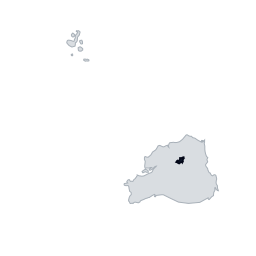 location of Sigchos, Cotopaxi, Ecuador, rotated 48°
{"feature_id": "8360857B12215357040494", "entity_name": "Sigchos", "entity_type": "district", "adm_level": 2, "iso_a3": "ECU", "parent_name": "Ecuador", "parent_adm1": "Cotopaxi", "projection": "natural_earth1", "projection_center": [-78.944, -0.614], "detail": "fine", "context": "in_parent", "style": "filled", "palette": "ink", "viewbox_px": 256, "rotation_deg": 48, "n_neighbors": 0, "source": "geoboundaries", "source_scale": "gbopen_adm2", "svg_char_len": 5307}
<svg xmlns="http://www.w3.org/2000/svg" viewBox="0 0 256 256"><g transform="rotate(48 128 128)"><path d="M235.1,102.8L234.4,103.3L232.6,103.6L231.2,103.0L230.6,103.0L230.5,103.6L232.4,105.0L233.3,107.4L234.6,108.9L235.4,109.6L235.4,110.1L235.2,111.1L235.1,111.9L235.5,115.6L235.3,115.8L234.3,115.8L233.5,115.2L231.3,124.4L224.5,133.5L216.8,140.1L207.9,143.8L201.3,146.4L200.3,147.4L197.1,152.0L196.9,152.5L197.4,153.2L197.4,153.7L196.9,154.1L196.5,154.1L196.3,153.9L196.2,153.3L195.8,152.7L195.2,152.6L194.9,153.2L194.3,155.7L194.2,156.9L194.0,157.4L194.0,158.5L193.3,159.5L192.8,161.1L192.3,161.7L191.6,164.2L190.6,166.8L190.5,167.7L190.8,168.3L190.9,168.8L190.5,170.4L188.2,172.0L187.6,172.7L187.3,173.6L187.5,174.3L187.4,174.9L186.7,175.1L185.9,176.6L185.4,176.9L183.9,176.4L182.9,176.4L182.0,175.9L180.4,173.5L179.8,172.0L179.6,170.0L178.0,168.8L175.9,169.1L175.3,168.6L173.8,167.8L172.4,166.8L171.4,166.4L170.7,166.6L169.4,168.2L168.3,168.9L167.7,168.9L167.0,168.4L166.9,167.8L168.7,165.0L167.3,165.0L166.9,164.4L166.8,163.7L166.6,162.9L166.9,162.0L167.5,161.5L168.6,161.9L169.3,161.9L169.8,161.1L170.7,160.4L170.9,160.0L170.4,158.6L170.3,157.9L170.4,157.5L170.4,156.0L170.1,155.4L170.1,154.6L169.8,154.2L169.7,153.1L169.0,152.6L171.2,151.6L172.0,150.8L172.9,150.2L173.7,149.1L174.3,148.1L175.6,143.3L176.8,140.3L176.6,138.9L175.6,136.9L175.4,134.1L175.5,133.2L175.3,132.5L174.7,133.7L174.8,137.9L174.2,139.8L173.4,140.3L172.9,140.0L173.2,136.9L172.6,137.4L171.6,139.5L170.0,141.1L169.9,141.6L169.5,142.2L168.3,141.7L167.4,141.0L164.3,137.5L162.3,136.8L161.0,135.6L160.8,135.1L160.6,134.4L161.9,133.7L163.2,132.7L163.3,130.5L163.3,128.8L162.3,125.9L162.8,122.2L162.5,120.7L161.4,117.5L162.2,116.0L165.1,114.8L166.0,114.0L166.6,111.6L167.3,110.1L168.6,110.7L169.6,110.6L168.2,110.0L167.1,107.8L166.9,106.8L169.1,103.7L170.2,102.9L171.5,101.3L172.7,98.8L172.9,95.0L172.5,92.2L172.1,89.3L172.8,88.5L174.5,88.1L175.9,87.2L176.7,86.3L178.3,86.5L180.3,85.1L183.4,84.4L187.7,82.9L188.6,81.5L188.2,79.1L189.8,80.6L190.5,81.7L192.8,83.0L195.4,85.3L197.1,86.5L199.0,87.6L201.7,88.7L203.4,88.5L204.1,90.2L204.7,90.7L206.3,91.3L206.5,91.5L207.1,94.7L207.4,95.2L208.8,95.7L210.4,95.9L211.1,95.8L212.6,96.7L214.8,97.4L215.6,97.5L216.0,97.4L216.2,97.1L216.8,97.1L217.8,97.5L219.2,97.6L220.1,97.2L220.3,95.4L220.6,95.0L221.6,94.4L222.2,94.5L224.8,95.9L225.4,96.4L226.0,97.4L227.3,98.9L228.6,99.8L230.7,100.2L232.7,101.8L235.1,102.8ZM25.5,100.8L26.3,101.8L26.7,104.6L29.3,107.5L29.7,109.2L29.4,109.9L29.6,110.2L30.8,111.4L31.7,112.6L30.3,115.5L27.3,116.6L24.2,116.6L23.5,116.3L22.7,115.2L22.5,114.2L23.0,113.3L24.7,111.9L27.1,110.6L27.4,109.7L26.4,108.7L25.8,106.9L24.2,105.5L23.4,101.5L22.9,101.3L21.8,101.9L21.3,101.4L21.2,101.2L22.4,100.2L22.6,99.6L24.3,99.3L25.0,99.8L25.5,100.8ZM37.8,112.9L37.1,112.9L35.0,111.4L35.2,110.0L36.0,109.0L38.6,108.5L39.7,109.4L39.6,111.2L38.7,112.4L38.0,112.7L37.8,112.9ZM171.5,146.3L171.3,146.9L170.0,146.8L169.7,146.6L170.0,143.8L170.3,142.9L171.4,142.1L172.2,141.7L173.3,141.7L174.5,142.5L173.1,144.0L172.0,144.4L171.5,146.3ZM23.4,108.2L22.1,108.4L21.0,107.9L20.6,107.1L20.5,105.9L20.5,105.5L23.0,105.1L23.8,106.1L23.8,107.6L23.4,108.2ZM49.8,115.0L48.2,115.6L47.4,115.0L47.3,114.7L48.1,113.7L49.0,113.2L49.7,112.1L51.1,111.5L51.5,111.6L51.7,111.9L51.9,112.2L51.4,113.1L50.6,113.7L49.8,115.0ZM34.6,106.2L34.0,106.7L31.5,106.2L30.8,105.3L31.4,104.1L31.9,103.6L33.4,104.1L34.9,105.4L34.6,106.2ZM36.6,121.5L36.1,121.5L35.3,120.9L35.9,119.7L36.9,120.3L37.2,120.8L36.6,121.5ZM187.6,82.2L186.8,82.3L186.5,81.6L187.4,80.7L187.7,80.6L187.6,82.2Z" fill="#d9dde1" stroke="#a8b0b8" stroke-width="1"/><path d="M184.8,114.3L185.0,114.4L185.2,114.5L185.3,114.5L185.5,114.7L185.8,114.7L186.0,114.7L186.0,114.8L186.1,114.7L186.3,114.6L186.5,114.6L186.8,114.5L186.8,114.4L187.0,114.3L187.3,114.4L187.6,114.2L187.8,114.1L187.9,113.9L188.0,113.9L188.3,114.0L188.4,113.9L188.5,113.7L188.8,113.6L188.8,113.4L188.9,113.2L188.8,112.9L188.7,112.9L188.6,112.7L188.5,112.4L188.6,112.2L188.6,111.8L188.7,111.7L188.8,111.5L188.9,111.4L189.0,111.4L189.2,111.2L189.3,111.1L189.3,110.9L189.5,110.9L189.7,111.0L189.8,111.0L189.8,110.9L189.9,111.0L190.0,111.0L189.9,110.9L189.9,110.7L189.9,110.4L189.9,110.2L189.9,109.9L189.9,109.7L189.7,109.6L189.5,109.4L189.4,109.5L189.4,109.4L189.2,109.4L188.9,109.4L188.7,109.2L188.5,108.9L188.5,108.7L188.5,108.4L188.4,108.3L188.3,108.2L188.2,108.1L188.2,107.9L188.1,107.7L187.9,107.5L187.9,107.4L187.8,107.5L187.8,107.4L187.7,107.2L187.5,106.9L187.6,106.7L187.5,106.4L187.4,106.3L187.2,106.2L187.2,106.3L187.2,106.5L187.3,106.6L187.2,106.6L187.3,106.7L187.1,106.6L186.9,106.7L186.9,106.8L186.8,107.0L186.9,107.3L186.7,107.4L186.5,107.5L186.4,107.5L186.2,107.5L186.2,107.9L186.2,108.0L186.0,108.3L186.0,108.5L185.9,108.5L185.7,108.6L185.7,108.8L185.6,109.0L185.4,109.1L185.2,109.2L185.0,109.3L184.9,109.4L185.0,109.5L185.3,109.8L185.5,110.0L185.8,110.1L185.9,110.3L186.0,110.4L186.0,110.5L186.2,110.8L186.2,111.0L186.2,111.3L186.2,111.5L186.2,111.8L186.2,112.1L186.2,112.3L186.3,112.4L186.5,112.4L186.5,112.5L186.4,112.6L186.2,112.7L186.1,112.8L186.1,113.0L186.1,113.3L186.1,113.5L185.9,113.6L185.7,113.6L185.6,113.4L185.5,113.5L185.4,113.4L185.4,113.5L185.2,113.7L185.2,113.8L185.0,114.0L184.9,114.3L184.8,114.3Z" fill="#0f172a" stroke="#020617" stroke-width="1.5"/></g></svg>